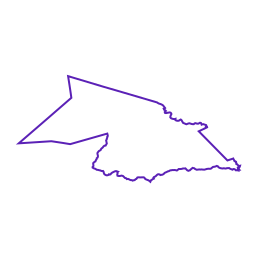 the district of Riacho Frio, Piauí, Brazil, rotated 87°
{"feature_id": "56859067B56089462562487", "entity_name": "Riacho Frio", "entity_type": "district", "adm_level": 2, "iso_a3": "BRA", "parent_name": "Brazil", "parent_adm1": "Piauí", "projection": "equal_earth", "projection_center": [-44.706, -9.934], "detail": "fine", "context": "isolated", "style": "outline", "palette": "violet", "viewbox_px": 256, "rotation_deg": 87, "n_neighbors": 0, "source": "geoboundaries", "source_scale": "gbopen_adm2", "svg_char_len": 3394}
<svg xmlns="http://www.w3.org/2000/svg" viewBox="0 0 256 256"><g transform="rotate(87 128 128)"><path d="M137.6,237.9L137.2,205.2L139.5,193.9L141.1,186.6L132.5,149.0L133.9,148.7L134.9,148.6L135.7,149.2L136.5,149.2L137.4,149.7L138.1,149.8L139.3,150.5L140.4,150.3L142.4,150.0L143.6,150.8L144.4,151.3L144.4,152.4L145.1,153.4L146.2,154.3L147.3,155.8L148.6,156.5L149.6,158.4L151.1,159.7L152.1,159.9L154.0,159.5L154.7,159.5L155.9,159.9L156.5,160.8L157.5,161.0L158.3,161.7L159.7,162.3L160.1,163.3L160.6,163.8L161.3,164.6L162.4,164.6L163.9,164.5L164.5,164.7L165.1,165.4L165.7,165.4L166.5,164.2L167.0,162.9L168.1,161.3L168.3,160.0L168.7,158.9L169.0,157.6L169.5,156.9L169.6,156.1L169.6,155.2L170.3,154.7L171.3,154.6L172.4,154.2L172.9,154.0L173.5,153.2L174.1,152.1L174.1,150.8L173.8,149.9L173.2,149.4L173.6,148.6L173.3,147.8L172.5,147.2L171.8,146.2L171.4,145.4L170.6,143.4L170.4,142.2L170.8,141.1L171.1,140.4L171.5,141.0L172.3,140.7L173.0,140.9L174.1,141.2L175.1,141.0L175.5,139.6L175.5,138.6L175.2,136.9L175.7,135.5L176.2,135.0L177.0,134.3L177.7,133.7L178.0,132.6L179.0,131.8L178.8,130.8L179.1,130.0L179.8,128.9L180.2,127.9L180.3,126.8L180.8,126.1L180.5,125.2L180.4,124.1L179.5,123.1L179.3,122.3L177.9,121.2L177.8,120.1L178.0,118.2L178.0,116.9L178.1,114.8L178.8,114.0L179.3,113.8L180.0,113.2L180.5,112.1L181.0,111.1L181.3,110.2L182.9,108.5L182.3,108.2L181.5,107.9L181.0,106.9L180.4,106.1L179.9,104.8L179.0,105.2L178.4,104.7L177.7,103.0L176.8,102.0L176.2,101.3L175.8,100.5L175.8,99.7L176.1,98.7L176.7,98.2L176.5,96.9L176.4,96.0L175.8,94.8L174.7,93.7L174.3,92.6L174.0,91.8L173.4,90.5L173.3,89.6L172.5,88.0L172.5,86.9L172.3,86.1L172.4,85.1L172.4,83.6L172.6,82.6L173.0,81.4L172.1,80.1L171.6,79.4L171.7,78.4L171.7,77.3L171.6,76.2L171.3,75.3L171.4,73.9L171.3,72.8L171.9,72.3L173.3,71.1L173.9,70.0L173.4,68.3L172.7,67.6L172.1,66.7L171.2,65.6L171.7,63.9L172.5,63.1L173.0,62.1L173.3,61.5L173.2,60.4L173.1,58.9L173.3,58.0L173.2,57.0L173.5,55.0L173.6,53.9L173.3,52.5L173.0,51.4L172.9,49.9L173.0,48.5L173.0,47.5L172.0,46.1L171.3,45.1L171.2,43.6L171.0,42.6L170.5,41.3L171.1,40.1L171.9,39.7L172.3,39.1L172.7,38.4L173.0,37.5L173.2,36.7L173.4,35.4L173.2,34.5L173.5,33.2L173.6,32.4L173.3,31.4L173.3,30.2L173.3,29.1L173.9,28.4L174.5,27.2L175.1,25.8L174.5,25.0L174.7,23.8L175.1,23.2L175.9,22.5L175.9,21.1L176.2,20.1L175.5,20.3L175.5,19.0L174.7,19.6L174.1,20.3L173.5,20.4L173.4,19.1L172.5,18.4L171.6,18.1L171.9,19.7L171.0,20.0L170.5,20.5L170.0,21.0L169.6,21.7L168.9,21.5L168.1,22.1L167.4,21.9L166.9,22.5L166.6,23.4L165.3,23.9L164.7,24.3L164.0,24.5L165.6,30.4L135.0,57.5L131.1,48.2L131.1,49.4L130.7,50.1L129.8,49.6L129.2,49.8L128.1,52.6L128.2,53.5L128.5,54.3L126.9,54.8L126.5,55.8L127.0,56.8L127.4,57.8L127.2,59.0L126.7,60.4L126.9,61.3L127.6,62.1L127.6,62.9L127.3,64.3L126.9,65.3L126.5,66.4L126.6,67.2L126.9,68.3L127.3,69.4L127.0,70.3L126.4,71.3L125.9,72.6L124.7,73.3L122.9,74.2L122.3,74.9L122.8,76.0L123.4,76.9L123.4,78.1L123.1,79.4L122.4,80.3L121.3,80.1L121.5,81.1L121.4,82.2L121.0,83.5L120.4,84.6L119.5,85.2L117.8,84.8L116.6,84.0L115.8,84.0L115.0,84.6L114.6,85.5L115.1,89.3L114.9,90.2L114.0,90.5L113.3,89.9L112.9,89.3L112.3,89.8L111.7,90.9L110.6,91.3L110.4,90.4L110.0,89.9L108.6,90.9L107.4,91.7L106.6,92.7L105.8,94.2L105.2,95.9L104.5,97.0L104.0,97.6L89.3,139.4L85.6,150.1L73.1,185.1L82.9,184.1L88.0,183.6L90.2,183.4L94.9,183.0L106.9,198.4L113.7,207.1L137.6,237.9Z" fill="none" stroke="#5b21b6" stroke-width="2"/></g></svg>